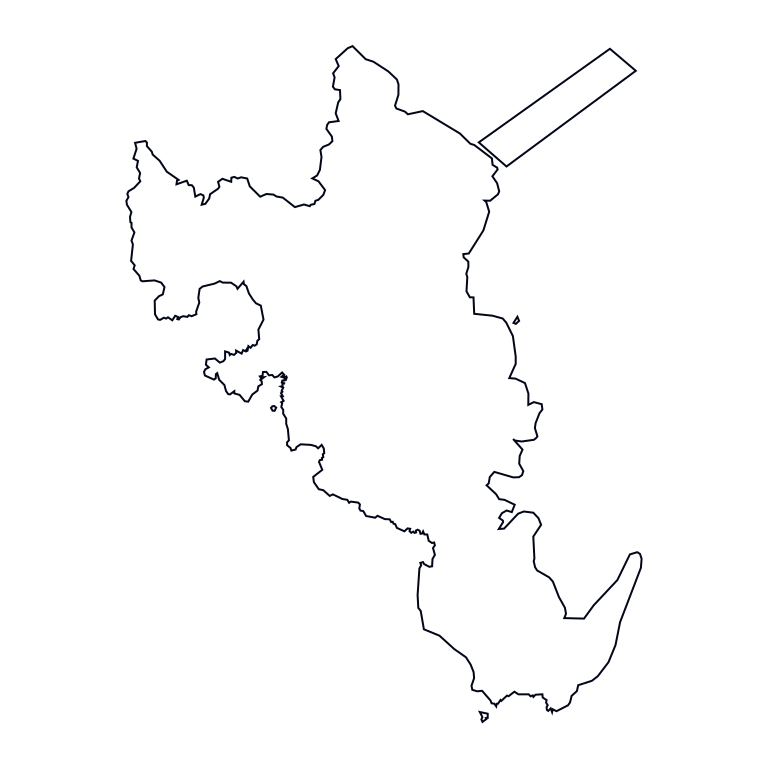 Tailevu, Central, Fiji (Mercator projection)
{"feature_id": "14151628B48978228339800", "entity_name": "Tailevu", "entity_type": "district", "adm_level": 2, "iso_a3": "FJI", "parent_name": "Fiji", "parent_adm1": "Central", "projection": "mercator", "projection_center": [178.445, -17.83], "detail": "fine", "context": "isolated", "style": "outline", "palette": "ink", "viewbox_px": 768, "rotation_deg": 0, "n_neighbors": 0, "source": "geoboundaries", "source_scale": "gbopen_adm2", "svg_char_len": 6112}
<svg xmlns="http://www.w3.org/2000/svg" viewBox="0 0 768 768"><path d="M127.3,194.0L128.5,197.1L126.4,200.8L126.9,204.7L131.4,212.0L130.0,216.9L130.4,222.3L131.5,222.8L131.5,227.5L134.4,232.4L131.5,240.6L132.9,244.3L131.1,260.9L134.7,265.3L133.5,269.0L139.4,275.8L140.7,280.4L142.5,281.3L154.5,280.4L161.2,282.6L164.5,287.1L162.8,294.4L159.1,296.1L154.7,300.6L155.0,314.3L158.0,319.4L160.1,319.9L163.9,317.7L166.1,318.6L168.0,317.3L172.3,320.3L175.2,315.8L178.1,317.0L177.3,319.0L178.8,319.5L180.5,317.2L183.2,316.2L187.4,316.9L188.9,315.2L191.6,316.2L196.4,314.2L196.1,311.8L199.3,302.5L198.3,298.0L199.6,288.9L202.6,286.5L214.6,283.6L219.8,281.1L222.7,282.6L231.1,282.7L236.4,286.3L237.5,288.8L243.6,281.7L243.9,284.2L246.4,286.1L248.9,293.4L252.8,299.5L256.0,303.3L260.8,305.6L263.5,319.6L258.4,329.6L259.2,339.2L257.4,340.7L256.7,344.3L254.7,345.7L252.8,345.0L250.6,347.8L248.4,346.1L247.5,350.7L246.7,351.1L246.6,349.4L245.4,351.2L243.1,350.1L241.6,353.6L236.1,350.6L236.2,352.9L234.0,354.9L231.0,353.9L229.8,355.0L229.0,352.6L225.1,351.4L225.1,359.0L223.4,361.2L219.8,362.6L214.9,358.5L206.6,359.5L205.9,364.7L208.8,367.4L205.4,369.2L204.0,371.9L204.9,375.5L214.0,379.6L215.7,378.4L215.9,374.2L217.2,373.1L219.2,379.8L224.4,385.0L226.0,391.0L228.2,394.1L230.0,394.4L234.3,391.2L234.3,393.4L239.6,394.9L244.8,401.2L248.2,401.7L252.3,394.5L257.5,390.6L258.3,386.4L261.9,384.2L261.7,381.3L260.3,380.0L264.0,377.2L260.7,377.6L259.9,376.4L262.5,375.8L263.0,372.0L266.4,371.9L269.0,375.3L272.3,375.0L274.4,377.4L277.7,376.5L282.1,372.5L284.1,374.7L281.5,376.8L283.5,377.4L285.1,376.0L284.1,377.7L286.3,376.4L286.8,377.4L285.9,379.8L284.5,379.0L284.4,380.5L282.3,380.6L281.8,382.5L285.0,383.5L282.4,383.5L282.6,386.1L280.9,386.5L283.2,387.6L281.6,391.0L282.4,391.8L281.0,393.2L282.8,396.2L281.0,396.3L283.6,400.9L281.2,402.2L282.2,403.3L281.3,407.0L283.2,409.8L283.2,413.7L286.2,418.5L286.2,423.8L287.9,429.2L288.9,440.4L287.1,442.2L287.1,445.2L290.5,448.0L291.4,450.6L295.6,449.5L296.5,447.1L300.7,444.3L310.9,444.9L315.8,446.2L318.1,448.3L321.7,444.9L323.8,448.5L324.2,453.3L322.8,454.2L323.3,457.2L321.9,457.9L322.1,459.7L319.8,460.1L319.0,461.9L322.3,469.8L313.2,476.9L313.9,482.2L318.8,489.2L323.3,490.2L329.7,495.9L332.9,494.4L342.4,499.0L347.3,499.8L349.1,502.8L350.8,501.6L358.2,502.6L359.9,504.4L359.3,508.5L360.5,510.6L363.3,511.1L366.1,516.0L375.2,517.7L377.5,515.8L384.8,519.1L389.7,519.3L391.2,522.1L392.7,521.8L393.5,523.7L395.2,524.1L396.9,527.9L404.4,531.3L407.6,528.4L410.2,528.8L409.5,531.1L411.2,532.8L413.3,531.6L414.5,532.9L416.1,532.4L415.9,530.6L417.6,529.7L419.6,530.7L420.5,533.8L422.0,533.6L423.1,531.4L424.3,534.4L427.3,534.5L428.7,540.8L432.0,543.0L434.1,542.5L434.9,545.3L433.0,548.0L434.9,554.9L432.5,559.0L432.1,566.3L429.3,566.8L424.0,564.0L423.0,562.1L420.3,562.9L421.2,565.2L419.4,568.5L417.6,595.1L418.3,607.9L420.7,610.9L423.9,629.3L439.5,635.7L454.3,649.1L466.0,657.3L470.7,664.7L473.6,672.1L474.1,678.1L471.5,685.8L472.3,689.8L477.1,691.3L482.1,690.8L490.5,700.5L491.6,703.3L494.3,703.7L496.2,706.4L496.7,703.8L498.0,703.7L500.5,700.0L501.3,700.9L507.0,695.6L508.6,696.2L514.4,691.7L518.4,694.3L528.7,694.3L530.6,696.3L532.7,695.4L533.4,696.9L535.5,694.7L542.4,694.3L542.7,697.5L546.6,700.1L546.1,702.7L547.7,705.2L546.6,707.0L546.9,709.9L548.2,710.9L550.7,708.4L552.1,712.2L552.8,709.3L556.5,711.2L568.0,705.3L570.0,702.5L571.6,695.9L576.9,691.1L578.2,685.2L591.9,680.8L597.8,676.2L608.5,662.2L615.5,645.1L620.1,622.1L640.9,567.8L641.6,558.8L640.0,553.9L637.2,552.2L629.9,554.4L617.4,580.0L593.7,605.3L584.0,618.6L564.3,618.1L566.0,613.7L564.9,607.7L558.9,597.0L552.9,581.6L549.2,577.4L537.2,570.5L535.1,567.3L533.7,561.2L534.4,558.6L533.3,536.6L541.1,524.8L538.5,518.2L533.3,512.7L523.8,511.5L518.1,513.7L504.1,528.6L498.8,529.0L503.1,522.1L502.9,520.6L499.1,517.9L501.9,513.2L506.6,510.5L511.8,512.1L514.7,504.7L504.4,499.8L499.2,499.2L496.1,494.2L486.6,485.3L488.7,483.4L489.8,477.0L494.3,471.9L513.3,477.4L519.0,477.2L522.0,475.1L523.3,471.1L519.2,463.7L519.7,456.0L522.5,449.6L513.1,439.0L514.8,440.5L521.7,441.5L533.9,439.8L536.3,437.9L537.4,436.3L534.9,428.1L535.6,423.1L539.5,413.2L542.4,409.5L541.7,404.2L533.8,402.1L528.3,404.9L528.4,393.5L525.0,383.1L515.5,378.6L509.3,378.1L515.7,363.9L515.7,356.5L512.9,336.1L506.3,322.7L502.7,318.5L492.5,315.7L474.2,313.8L473.5,297.4L469.9,297.3L466.5,291.4L467.3,277.1L466.3,273.8L468.4,267.0L468.3,261.6L463.7,257.4L463.3,254.1L468.8,253.5L483.4,230.4L489.2,211.7L486.2,202.0L484.6,200.6L490.2,200.7L498.0,194.3L499.2,191.3L497.1,183.2L492.4,176.3L497.6,169.5L497.1,167.6L492.6,164.9L491.9,158.4L474.3,145.0L470.4,143.8L459.9,133.5L422.8,111.1L407.9,114.3L404.9,111.6L396.4,108.5L395.0,105.7L398.4,94.9L398.5,84.4L396.9,79.5L388.3,71.4L373.4,61.7L365.7,59.2L352.5,46.1L347.6,48.3L335.7,59.1L338.7,66.1L333.1,73.3L334.6,77.4L332.9,86.7L334.9,89.3L340.0,90.1L340.4,99.1L338.2,102.4L335.7,113.3L338.6,121.0L329.0,122.3L327.1,125.0L326.4,128.9L331.9,136.6L332.4,141.2L328.9,144.5L323.2,146.8L320.4,150.0L321.5,157.0L319.9,169.9L317.1,175.5L312.3,178.4L318.5,181.3L325.1,190.1L323.3,194.9L318.4,199.8L315.4,200.8L314.4,204.0L310.7,204.8L309.8,206.2L304.0,204.5L294.9,207.1L282.8,197.6L276.5,196.5L273.5,194.6L266.4,194.0L260.2,196.7L249.8,186.4L247.2,178.5L241.1,177.3L237.7,178.5L234.3,176.9L231.4,177.7L231.2,181.8L222.4,178.8L218.1,181.8L219.4,186.8L218.1,188.7L210.1,194.2L209.2,198.5L205.4,203.8L201.7,204.7L203.8,197.7L203.4,195.4L200.4,194.1L195.3,196.6L193.8,187.6L191.8,185.2L188.7,185.1L186.8,180.7L176.5,184.3L177.0,180.7L178.6,179.9L166.8,171.7L159.6,160.7L152.7,154.6L151.8,151.7L146.9,146.1L146.9,142.5L145.4,141.0L135.1,142.8L136.6,148.8L133.4,158.6L138.0,160.9L136.7,167.3L140.1,173.0L139.0,178.5L140.3,181.3L134.1,187.9L128.5,191.3L127.3,194.0ZM635.8,70.8L609.9,48.8L478.8,142.4L506.5,166.5L635.8,70.8ZM482.5,721.9L486.4,719.0L485.9,718.0L487.7,717.8L487.7,713.7L479.8,712.0L482.4,717.0L481.4,719.5L482.5,721.9ZM515.8,323.9L519.1,320.9L517.4,316.8L513.5,322.9L515.8,323.9ZM274.6,410.8L276.2,407.6L274.2,406.0L272.4,406.3L271.0,407.9L272.6,410.7L274.6,410.8Z" fill="none" stroke="#020617" stroke-width="2"/></svg>